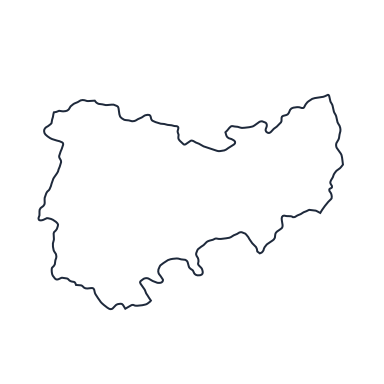 outline of San Ignacio de Sabaneta, Santiago Rodríguez, Dominican Republic, rotated 262°
{"feature_id": "3306468B60341362842796", "entity_name": "San Ignacio de Sabaneta", "entity_type": "district", "adm_level": 2, "iso_a3": "DOM", "parent_name": "Dominican Republic", "parent_adm1": "Santiago Rodríguez", "projection": "mercator", "projection_center": [-71.312, 19.362], "detail": "fine", "context": "isolated", "style": "outline", "palette": "slate", "viewbox_px": 384, "rotation_deg": 262, "n_neighbors": 0, "source": "geoboundaries", "source_scale": "gbopen_adm2", "svg_char_len": 5989}
<svg xmlns="http://www.w3.org/2000/svg" viewBox="0 0 384 384"><g transform="rotate(262 192 192)"><path d="M90.2,136.2L93.2,134.7L95.5,133.7L98.0,132.5L101.5,131.7L102.4,131.3L108.3,128.3L109.6,128.0L110.5,128.3L111.1,129.0L112.8,132.1L113.1,133.7L113.0,135.3L112.4,136.8L109.4,140.6L107.0,144.9L106.7,145.8L106.5,147.4L106.5,148.4L106.8,149.4L107.3,150.2L108.0,150.7L108.8,151.0L109.3,151.0L112.9,149.3L115.4,147.9L116.4,147.6L118.0,147.5L120.0,148.0L123.1,149.9L123.8,150.6L125.6,153.8L127.9,158.7L128.4,161.4L128.5,163.7L128.3,167.7L127.9,169.3L126.8,171.9L125.8,175.8L125.2,176.6L124.5,177.3L123.2,177.9L119.2,178.4L117.7,178.7L116.2,179.8L114.5,181.7L113.8,182.1L111.1,182.9L110.3,183.4L109.3,184.5L108.7,185.9L108.5,187.9L108.5,188.9L109.0,190.3L109.7,191.0L110.6,191.4L111.6,191.5L113.1,191.4L114.6,191.1L115.6,190.6L118.0,188.8L119.2,188.1L120.1,188.0L122.5,188.8L124.5,188.9L126.0,188.6L128.0,187.7L128.9,187.5L129.9,187.4L130.9,187.7L133.6,189.2L134.6,190.1L136.5,193.4L137.8,196.1L140.4,199.5L140.9,200.5L141.4,202.5L141.8,206.1L142.5,208.2L142.6,209.0L142.5,209.8L141.8,212.0L141.5,214.1L141.4,219.2L141.5,222.6L141.9,224.2L143.3,227.3L144.2,230.8L145.3,233.3L145.4,234.8L145.2,235.7L143.4,238.9L142.4,239.7L139.6,241.4L137.3,242.3L132.9,244.5L128.6,247.7L126.6,248.3L124.0,248.4L121.8,250.6L122.3,252.5L123.1,253.6L124.2,254.6L126.0,255.4L127.3,256.3L129.6,258.7L130.1,259.6L132.9,265.3L133.7,266.5L135.2,267.7L138.5,268.6L139.4,269.0L140.1,269.6L141.0,270.7L142.3,273.3L143.6,275.7L144.2,276.3L145.1,276.8L146.6,277.1L151.6,277.0L153.2,277.1L154.7,277.6L155.6,278.6L155.8,279.9L155.0,282.2L154.3,286.2L153.9,287.4L153.0,288.5L152.9,289.8L153.0,290.6L154.1,293.1L155.0,296.6L156.4,299.7L157.1,302.7L157.8,304.8L158.0,305.6L156.3,312.0L155.5,313.2L153.4,316.1L156.0,318.2L159.6,321.6L163.4,325.7L165.7,328.8L166.4,329.4L168.3,329.8L170.3,329.7L171.8,329.3L173.7,328.3L175.0,328.2L175.7,328.5L176.0,328.8L176.7,330.8L177.3,331.3L178.5,331.4L180.4,330.6L181.2,330.3L182.2,330.3L183.1,330.6L184.4,331.4L187.0,333.5L189.7,334.9L191.2,336.2L192.9,338.0L195.0,341.9L196.0,343.1L198.1,345.3L205.0,345.4L207.8,345.2L209.3,344.7L215.7,341.4L216.7,341.2L218.3,341.2L219.3,341.4L220.3,341.8L223.6,344.4L225.0,345.1L228.4,346.1L231.6,347.4L233.3,347.7L235.0,347.7L237.2,347.3L239.4,346.3L240.9,345.8L247.0,345.3L248.5,344.9L250.7,344.0L251.8,343.7L257.9,343.2L259.0,343.0L262.2,341.7L268.0,341.2L269.1,340.7L269.3,340.1L268.3,336.8L268.0,335.2L267.9,326.7L267.5,324.0L265.6,320.0L264.8,318.7L262.9,316.7L260.3,314.8L260.0,314.5L259.7,313.7L259.9,312.4L261.0,310.0L261.4,307.9L261.4,304.1L260.9,302.1L259.7,300.6L256.9,298.9L255.6,297.6L255.1,296.2L254.7,292.8L254.1,291.6L252.9,291.0L249.8,290.5L248.6,289.8L244.9,285.0L243.2,281.8L240.5,278.5L239.8,277.1L239.8,276.1L240.2,275.1L241.1,274.1L241.9,273.7L242.9,273.5L243.9,273.7L246.3,275.0L247.2,275.3L248.6,275.4L249.6,275.1L250.3,274.6L250.8,273.9L251.9,271.9L252.3,271.1L252.3,269.5L252.1,268.6L249.2,263.1L248.6,261.7L248.4,260.6L248.2,257.8L248.3,253.2L248.5,250.4L249.0,248.9L250.2,246.3L250.9,243.4L251.6,241.3L251.7,240.5L251.5,239.6L250.4,238.0L247.9,235.3L246.5,233.4L243.0,233.9L241.6,234.5L240.2,235.8L238.9,238.5L237.4,240.5L236.6,241.2L235.8,241.6L235.3,241.6L234.4,241.4L233.7,240.8L233.2,240.1L230.4,233.9L229.3,231.8L228.7,229.8L228.6,225.5L228.8,223.9L229.3,222.5L235.6,209.8L238.9,205.5L240.4,202.8L242.3,200.4L242.9,199.1L243.0,198.2L242.7,197.4L240.1,192.2L240.0,191.3L240.3,190.4L244.4,187.1L245.8,186.3L246.8,186.0L248.2,186.1L250.5,186.7L252.9,186.2L254.2,186.2L256.6,187.2L257.4,187.4L258.2,187.3L258.6,187.0L258.9,186.7L259.3,186.0L259.8,183.7L260.9,181.1L261.9,177.1L263.2,174.0L264.0,170.5L266.3,165.6L268.0,162.9L268.6,162.3L269.8,161.8L272.6,161.5L273.4,161.2L274.1,160.6L274.4,159.7L274.6,158.8L274.5,156.7L274.3,155.7L272.8,152.6L271.7,148.7L270.6,146.1L270.3,144.6L270.4,142.5L271.7,139.4L272.4,136.5L272.9,135.0L274.6,132.9L275.9,131.8L276.8,131.3L279.1,130.9L285.2,130.9L286.6,130.6L287.3,130.0L287.8,129.3L289.4,126.5L289.7,124.2L289.9,120.2L290.1,118.6L291.3,115.4L292.2,112.0L292.7,111.1L293.6,110.0L294.3,109.4L296.0,108.4L296.5,101.6L296.8,100.5L297.8,98.4L298.3,96.5L298.2,94.4L296.9,91.3L296.0,87.8L295.4,86.5L293.7,83.7L291.0,81.5L290.5,80.7L290.0,79.8L289.7,78.1L289.8,75.8L290.0,74.7L290.9,71.7L290.2,68.8L290.1,66.3L288.4,65.6L285.6,64.7L283.0,63.5L279.8,62.5L278.9,61.5L277.3,58.7L276.4,56.5L275.5,55.3L274.3,54.4L273.3,54.1L272.3,54.0L270.7,54.2L269.3,54.9L267.3,56.6L265.1,59.0L263.9,60.8L261.8,65.2L260.7,67.9L259.3,70.2L258.7,70.8L258.3,71.0L257.4,71.1L256.6,70.9L252.8,69.0L250.3,67.5L246.0,65.4L244.5,65.4L241.6,66.5L240.7,66.6L239.7,66.5L235.4,64.5L232.9,63.0L231.0,62.2L229.3,60.9L226.2,58.0L224.6,56.6L219.8,54.1L217.5,53.1L214.7,51.4L213.7,50.5L212.5,48.7L211.0,47.5L206.7,45.3L205.2,45.0L201.6,44.6L200.2,44.1L198.8,42.8L197.2,39.9L195.7,38.7L194.2,38.3L190.1,37.7L187.8,36.5L186.9,36.3L186.0,36.5L185.6,36.7L185.3,37.1L185.0,37.9L184.9,39.3L185.1,40.8L186.3,44.7L186.0,45.9L185.0,48.5L183.9,50.3L181.4,53.1L179.8,54.3L178.5,54.8L177.2,54.5L174.3,53.1L172.9,51.8L171.4,49.8L170.1,49.2L164.5,48.7L163.5,48.4L160.4,47.1L157.2,46.7L153.5,46.9L152.5,47.2L149.5,48.6L148.5,48.7L146.9,48.7L145.5,48.3L143.4,47.2L139.5,46.1L138.1,45.0L136.5,42.9L135.7,42.5L134.3,42.2L132.2,42.0L130.0,42.1L128.5,42.5L125.3,44.3L124.4,45.3L124.1,46.2L124.2,47.6L125.1,50.5L125.2,51.3L123.9,55.7L123.6,56.5L123.0,57.2L121.6,58.2L120.7,59.2L120.1,60.4L119.4,62.6L118.9,63.3L117.7,63.9L116.1,64.2L115.1,68.7L114.8,69.6L114.2,70.3L112.2,71.9L111.7,72.7L111.3,73.6L111.0,75.2L110.9,79.0L110.7,80.0L110.2,80.9L109.0,81.5L105.6,81.8L104.2,82.2L100.1,84.1L97.6,85.4L95.8,86.3L94.5,87.2L92.4,89.0L89.2,92.1L87.9,93.7L87.4,94.7L87.3,96.2L87.7,97.2L90.6,100.9L91.2,102.4L91.3,103.4L91.3,105.5L91.1,106.4L90.7,107.2L89.6,108.0L85.7,109.7L88.3,116.1L88.5,117.0L88.3,118.2L87.4,119.8L87.0,121.8L86.8,127.1L87.1,130.6L87.4,131.7L87.9,132.8L89.4,135.4L90.2,136.2Z" fill="none" stroke="#1e293b" stroke-width="2"/></g></svg>